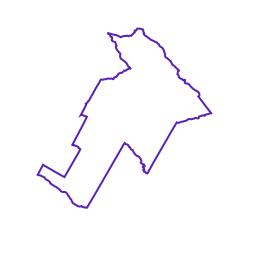 Ariquemes, Rondônia, Brazil, rotated 300°
{"feature_id": "56859067B41513078802850", "entity_name": "Ariquemes", "entity_type": "district", "adm_level": 2, "iso_a3": "BRA", "parent_name": "Brazil", "parent_adm1": "Rondônia", "projection": "equal_earth", "projection_center": [-62.902, -9.979], "detail": "fine", "context": "isolated", "style": "outline", "palette": "violet", "viewbox_px": 256, "rotation_deg": 300, "n_neighbors": 0, "source": "geoboundaries", "source_scale": "gbopen_adm2", "svg_char_len": 5545}
<svg xmlns="http://www.w3.org/2000/svg" viewBox="0 0 256 256"><g transform="rotate(300 128 128)"><path d="M220.8,91.6L220.5,90.9L220.3,89.5L220.0,88.4L219.7,87.9L219.3,87.6L219.1,87.0L218.8,86.5L217.9,86.2L216.7,86.4L216.3,86.1L216.1,85.5L215.6,85.1L215.1,85.3L214.5,86.0L214.1,86.0L213.4,85.6L212.7,85.4L212.1,85.3L211.4,85.2L210.4,84.7L209.6,84.8L209.1,83.8L208.7,83.1L207.8,82.7L207.6,81.1L206.8,80.5L206.3,79.6L205.6,78.6L204.5,77.3L203.1,76.4L203.0,75.8L202.9,74.7L202.9,73.1L202.4,71.1L202.0,69.9L201.5,68.2L201.2,67.7L200.9,65.9L200.2,63.4L199.7,63.6L199.8,65.1L199.4,66.0L198.6,66.8L198.4,67.5L198.7,68.4L198.4,69.0L198.0,69.4L197.5,69.6L196.3,69.8L195.8,70.2L195.6,71.0L195.6,72.1L195.9,73.4L195.9,74.4L195.6,74.7L194.3,75.6L194.0,76.0L193.5,77.1L192.8,77.0L192.2,76.9L191.7,77.2L191.2,77.8L190.7,78.6L189.8,80.4L189.1,82.3L188.6,84.1L188.0,84.5L187.1,84.8L186.4,85.1L185.2,86.1L184.8,86.6L184.5,87.3L184.4,88.0L184.0,92.1L183.8,92.9L183.2,94.6L182.8,95.4L182.4,95.9L181.6,97.1L181.4,97.6L181.4,98.5L181.3,99.4L181.0,100.3L180.4,100.2L180.1,99.5L179.3,98.7L178.7,98.2L177.9,97.8L177.4,97.8L176.6,97.4L175.8,95.9L175.2,95.9L172.8,95.2L172.3,94.6L172.1,93.8L171.2,93.4L170.7,92.9L170.1,92.6L169.0,92.7L168.1,92.5L166.9,92.4L166.2,92.2L165.8,91.5L164.8,90.8L163.9,90.8L163.4,91.0L162.9,90.8L162.7,90.2L162.7,89.6L162.4,88.7L162.0,88.1L161.5,87.6L161.3,87.0L161.1,86.3L160.1,85.1L159.2,84.5L158.3,83.0L157.8,82.6L157.1,81.9L156.8,80.9L156.4,80.3L155.1,80.2L153.8,80.4L150.1,80.4L149.2,80.2L147.7,80.3L146.1,80.2L143.4,80.3L141.9,80.3L141.2,80.4L140.1,80.4L138.3,80.4L137.4,80.3L136.7,80.4L135.0,80.4L134.5,80.3L133.9,80.5L132.6,80.5L131.6,80.3L130.9,79.9L130.4,80.2L129.8,80.2L129.2,79.8L128.6,79.7L127.9,79.3L127.4,80.0L126.6,79.9L126.0,80.3L120.5,80.5L119.9,80.3L119.4,80.6L115.5,80.7L116.0,81.0L116.3,81.7L116.5,82.7L116.8,84.5L117.2,86.8L109.9,87.3L105.8,87.5L102.5,87.6L97.7,87.8L95.0,87.9L85.5,88.2L85.6,89.3L86.2,89.2L86.3,90.4L86.2,91.4L86.6,92.3L86.7,93.4L86.6,94.2L86.5,94.9L85.9,95.3L86.1,96.2L85.8,97.3L81.7,97.5L53.7,97.5L53.6,92.1L53.6,87.1L53.6,82.4L53.6,72.8L42.3,73.2L42.4,74.1L42.8,75.0L43.1,75.9L43.3,76.4L43.1,77.0L43.2,78.2L43.5,78.9L43.4,79.7L43.4,80.5L43.1,81.0L42.6,81.7L42.4,82.2L42.6,83.2L42.4,84.1L42.6,84.8L42.4,85.7L42.3,86.7L42.1,87.3L41.3,88.2L41.0,88.8L41.3,89.3L41.0,90.3L41.0,91.3L40.9,92.5L40.7,93.8L41.0,94.5L41.0,95.5L40.9,96.3L40.8,97.3L40.6,98.7L40.3,100.0L40.0,100.9L39.7,101.4L39.7,102.4L39.9,103.2L40.2,104.0L40.6,104.6L41.0,105.3L41.1,105.9L41.2,106.7L40.8,107.6L40.5,108.5L40.0,109.0L39.4,110.0L39.3,110.8L39.0,111.7L38.4,112.4L38.0,113.0L37.8,114.1L37.6,114.7L37.0,115.4L36.4,115.9L36.3,116.6L35.8,117.0L35.4,117.5L35.4,118.2L35.4,119.3L35.3,120.0L35.3,120.8L35.4,121.7L35.2,122.7L35.2,123.7L35.4,124.3L35.5,124.9L35.9,125.4L36.3,126.0L36.6,126.5L37.1,126.7L37.0,127.4L36.8,127.9L37.0,128.6L37.3,129.3L37.3,130.0L37.7,130.5L38.1,131.3L38.4,132.3L53.5,132.5L64.0,132.5L64.9,132.5L76.0,132.5L107.6,132.5L112.0,132.5L113.4,132.7L113.0,133.8L112.9,134.7L113.3,135.4L113.4,136.4L112.9,137.3L112.2,138.2L112.2,139.0L112.3,139.7L111.5,140.3L111.1,141.2L111.0,141.8L111.2,142.4L111.1,143.4L110.6,144.0L110.1,144.5L109.8,145.1L109.5,145.6L109.3,146.4L109.0,147.0L108.6,147.6L108.6,148.5L108.3,149.3L108.5,150.4L108.5,151.0L108.4,151.8L108.4,152.6L107.9,153.3L107.7,154.1L107.3,154.5L107.0,155.1L106.5,155.8L106.0,156.1L105.4,156.4L104.5,156.3L104.0,157.3L104.1,158.5L104.4,160.1L103.6,161.3L103.2,161.5L102.7,161.2L102.4,160.2L101.6,160.3L101.3,161.1L101.1,161.9L100.5,162.4L100.0,162.8L99.4,162.2L99.0,162.6L98.6,163.4L98.2,164.0L98.7,164.9L98.4,165.8L97.9,166.3L98.3,166.9L98.5,167.6L111.0,167.3L131.2,167.3L146.6,167.3L157.2,167.4L157.6,169.0L158.7,170.0L159.5,170.7L161.1,172.3L161.6,172.9L162.7,173.9L163.3,174.5L163.8,175.0L164.3,175.3L164.8,175.3L165.3,175.5L165.7,175.9L166.1,176.2L166.4,176.8L166.8,177.4L167.1,177.8L167.2,178.6L167.7,179.0L168.2,179.5L168.8,180.1L169.3,180.6L170.3,181.2L170.7,181.9L170.9,182.5L171.2,183.6L171.6,184.2L172.2,184.2L173.5,183.8L174.4,184.7L175.1,185.3L176.4,186.7L177.1,187.5L177.0,188.3L177.5,188.4L177.9,188.1L182.3,192.6L182.7,191.9L185.6,184.7L188.4,178.2L189.8,174.9L190.5,173.2L191.5,173.7L192.8,173.1L193.4,172.5L193.8,172.0L194.0,171.2L194.4,170.6L194.5,169.7L194.4,168.7L194.4,168.0L194.3,166.9L194.5,165.1L194.7,164.2L194.9,163.2L195.2,162.1L195.4,161.4L195.6,160.8L196.1,159.8L196.3,159.2L196.2,158.4L196.3,157.4L196.0,156.7L195.6,156.2L195.4,155.3L195.6,154.6L196.6,154.1L197.5,153.8L198.1,153.3L197.9,152.7L197.2,152.5L196.9,152.0L197.1,151.2L197.4,150.8L197.5,150.1L197.1,149.2L197.0,148.2L197.2,147.7L197.4,147.1L197.6,146.4L198.3,146.0L198.8,145.6L199.2,144.5L199.4,143.8L200.0,143.8L200.9,143.4L201.4,143.1L201.9,143.0L202.6,143.4L203.3,143.4L203.6,142.3L203.7,141.1L204.2,139.9L204.1,139.1L204.5,138.6L204.8,137.4L205.0,136.5L204.9,135.8L205.0,135.0L205.3,134.4L205.6,133.8L206.2,133.2L206.6,132.4L207.1,131.9L207.3,131.2L207.3,130.5L207.5,129.8L207.8,128.6L207.9,127.9L208.1,126.9L208.0,125.7L208.2,124.9L208.9,124.1L209.8,123.6L210.4,123.3L210.9,122.7L211.5,121.9L211.9,121.5L212.5,120.9L213.1,120.1L213.6,119.5L214.2,118.5L214.6,117.4L214.7,116.3L214.6,115.2L215.0,114.0L215.9,112.9L216.0,111.3L216.2,110.7L216.6,110.1L216.3,109.1L216.2,108.2L216.3,107.3L216.0,105.4L216.0,104.4L215.8,103.6L216.1,102.4L216.2,101.7L216.2,101.0L216.2,100.1L216.4,99.3L216.6,98.5L216.6,97.5L216.5,96.7L216.7,96.0L217.1,94.9L217.7,94.4L218.3,94.5L218.6,93.7L219.2,93.1L219.8,92.8L220.2,92.0L220.8,91.6Z" fill="none" stroke="#5b21b6" stroke-width="2"/></g></svg>